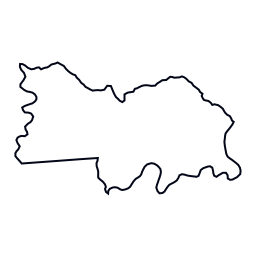 Antônio Prado, Rio Grande do Sul, Brazil (Albers equal-area conic projection)
{"feature_id": "56859067B28853350190882", "entity_name": "Antônio Prado", "entity_type": "district", "adm_level": 2, "iso_a3": "BRA", "parent_name": "Brazil", "parent_adm1": "Rio Grande do Sul", "projection": "albers", "projection_center": [-51.31, -28.882], "detail": "fine", "context": "isolated", "style": "outline", "palette": "ink", "viewbox_px": 256, "rotation_deg": 0, "n_neighbors": 0, "source": "geoboundaries", "source_scale": "gbopen_adm2", "svg_char_len": 2980}
<svg xmlns="http://www.w3.org/2000/svg" viewBox="0 0 256 256"><path d="M222.8,108.7L220.4,106.7L218.0,105.1L214.4,104.3L212.3,104.9L211.0,103.0L208.5,101.0L206.0,100.5L203.9,99.9L202.6,97.9L201.7,95.9L202.5,93.8L200.2,92.1L198.7,89.6L195.8,87.4L193.5,85.7L191.5,82.8L188.8,81.4L186.2,78.7L184.2,77.3L181.9,76.4L179.7,77.3L177.1,77.5L174.3,77.7L172.3,77.0L170.2,76.8L166.2,80.0L162.3,80.2L160.0,81.8L157.3,83.4L155.2,85.6L151.5,85.9L148.3,85.4L146.3,85.2L143.8,85.4L141.8,85.9L139.0,87.2L137.0,88.3L134.9,88.8L133.4,91.7L130.4,92.2L127.8,92.6L124.5,94.4L124.5,97.6L124.5,100.5L122.3,102.1L119.7,100.7L118.0,98.8L116.0,97.1L114.7,94.8L113.7,92.8L112.5,89.9L110.9,86.0L107.2,85.8L104.3,89.7L100.9,90.4L97.9,90.1L95.0,90.3L92.7,90.6L90.3,89.5L87.1,87.7L85.3,86.7L83.9,84.8L81.2,82.8L79.1,79.8L76.8,77.7L75.3,75.2L72.8,74.3L70.5,72.9L68.3,71.2L66.0,68.9L63.9,66.0L60.2,64.0L57.6,62.5L55.7,63.4L53.3,64.0L51.2,64.6L49.2,66.3L47.2,67.4L44.4,67.9L41.0,69.3L39.1,67.4L36.6,67.7L34.3,68.8L31.3,69.3L27.9,67.8L25.1,65.5L22.5,64.1L20.1,64.0L19.9,66.8L21.2,69.8L24.0,72.9L25.4,76.7L23.6,80.0L22.1,82.0L20.4,84.3L20.4,86.9L24.3,90.0L26.9,91.4L30.2,92.0L32.6,92.7L35.0,94.5L36.4,96.9L36.4,99.3L35.1,101.3L32.5,103.3L29.1,104.4L26.8,105.2L24.7,106.0L22.2,107.5L23.1,110.2L24.8,112.4L28.8,112.7L31.2,113.6L33.2,116.5L32.1,120.0L30.6,122.0L27.7,123.9L25.1,126.6L25.6,129.5L27.0,131.8L27.5,134.3L24.8,136.2L21.7,135.9L19.7,136.4L17.6,137.6L16.4,140.1L17.7,143.3L19.7,146.2L18.4,149.2L16.5,151.3L15.4,153.2L15.4,156.1L17.0,158.1L19.6,161.0L21.7,163.5L52.0,161.3L80.2,159.2L97.8,158.0L97.5,160.8L96.5,163.2L96.7,166.4L97.5,168.7L98.2,171.3L98.2,174.6L98.2,177.6L100.0,179.4L103.0,181.8L105.0,184.4L105.9,186.9L105.0,189.0L106.0,191.9L108.1,193.5L108.3,190.9L109.7,188.9L112.4,187.6L114.8,187.2L117.6,187.7L120.1,189.3L122.2,190.0L125.1,189.5L128.0,188.4L130.1,186.8L131.6,184.4L133.5,181.4L135.7,178.9L137.7,177.7L139.9,176.2L141.2,174.5L142.1,171.8L143.2,169.5L144.7,166.7L147.2,164.4L151.2,163.2L154.0,163.6L156.7,165.1L158.6,166.8L160.3,168.9L160.9,171.5L160.6,174.0L159.7,177.1L158.7,179.8L157.9,182.3L157.0,184.7L156.3,187.7L157.6,191.2L159.5,193.3L162.5,193.0L164.5,191.5L165.9,189.3L167.5,186.9L169.3,184.8L171.2,183.8L174.3,182.2L176.7,180.5L178.3,178.1L179.5,175.3L182.0,174.2L184.8,174.7L187.3,175.5L189.5,175.9L191.6,176.2L193.9,176.4L196.4,176.8L198.5,175.9L199.6,173.3L200.7,170.1L203.2,168.2L205.5,167.4L208.0,166.5L210.1,166.3L212.2,167.6L213.0,170.5L213.4,173.4L214.2,175.7L216.5,176.8L218.5,175.3L222.8,172.8L226.0,172.8L227.6,175.3L227.8,178.5L230.1,179.8L232.4,179.6L234.5,178.5L237.0,177.2L240.2,174.1L240.6,170.8L239.9,167.6L238.3,165.0L236.2,163.1L234.4,161.7L231.8,159.7L229.8,158.4L227.6,156.6L226.3,153.8L225.5,149.6L224.8,145.6L224.4,141.7L224.8,138.8L225.1,135.8L225.6,133.4L227.2,131.2L229.1,128.9L230.5,127.1L232.5,124.3L233.7,121.9L232.0,120.5L231.2,118.4L229.8,116.1L227.2,114.8L225.2,112.8L224.0,110.9L222.8,108.7Z" fill="none" stroke="#020617" stroke-width="2"/></svg>